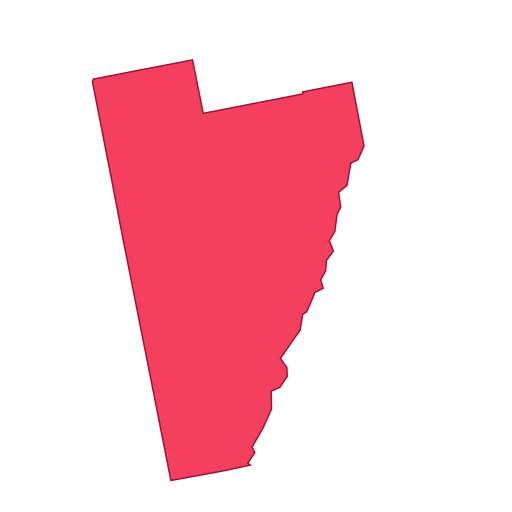 Renville, Minnesota, United States of America (Mercator projection), rotated 259°
{"feature_id": "52423323B30045051318693", "entity_name": "Renville", "entity_type": "district", "adm_level": 2, "iso_a3": "USA", "parent_name": "United States of America", "parent_adm1": "Minnesota", "projection": "mercator", "projection_center": [-95.036, 44.674], "detail": "fine", "context": "isolated", "style": "filled", "palette": "rose", "viewbox_px": 512, "rotation_deg": 259, "n_neighbors": 0, "source": "geoboundaries", "source_scale": "gbopen_adm2", "svg_char_len": 692}
<svg xmlns="http://www.w3.org/2000/svg" viewBox="0 0 512 512"><g transform="rotate(259 256 256)"><path d="M149.1,129.3L51.9,129.6L51.3,184.8L51.9,210.5L54.2,208.4L63.2,217.3L69.2,215.7L85.7,230.0L102.8,242.0L120.4,245.2L122.5,254.3L131.8,263.7L140.6,265.0L150.9,260.4L174.9,285.2L189.8,290.7L191.5,295.1L203.7,303.4L209.0,306.8L211.5,315.8L220.3,315.0L228.0,321.4L238.4,324.4L246.0,332.9L257.0,330.9L265.1,338.1L281.7,343.6L287.8,348.5L302.8,349.2L308.0,358.8L329.1,366.8L331.1,374.4L343.3,383.0L408.3,383.3L408.2,333.1L406.2,333.1L406.1,231.4L460.6,231.1L460.7,179.8L460.7,130.2L458.8,128.7L352.7,128.8L300.2,128.7L149.1,129.3Z" fill="#f43f5e" stroke="#9f1239" stroke-width="1.5"/></g></svg>